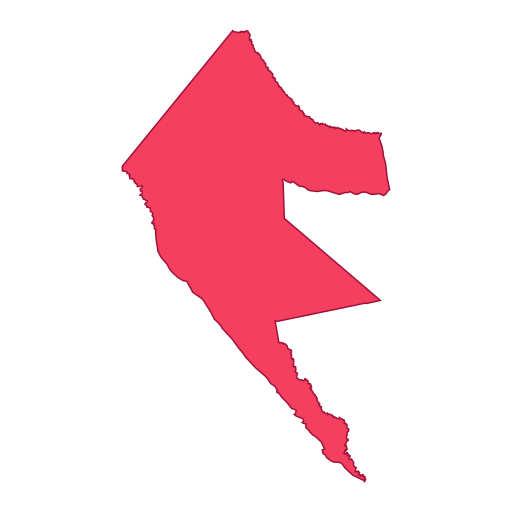 Shangombo, Western, Zambia
{"feature_id": "96606910B19262681040951", "entity_name": "Shangombo", "entity_type": "district", "adm_level": 2, "iso_a3": "ZMB", "parent_name": "Zambia", "parent_adm1": "Western", "projection": "natural_earth1", "projection_center": [22.677, -16.496], "detail": "fine", "context": "isolated", "style": "filled", "palette": "rose", "viewbox_px": 512, "rotation_deg": 0, "n_neighbors": 0, "source": "geoboundaries", "source_scale": "gbopen_adm2", "svg_char_len": 6057}
<svg xmlns="http://www.w3.org/2000/svg" viewBox="0 0 512 512"><path d="M232.7,30.7L122.3,166.2L122.4,170.9L126.1,171.5L127.2,172.3L127.0,173.4L129.2,173.7L129.3,175.0L129.8,175.5L129.2,175.9L129.7,176.5L129.8,178.6L133.3,178.8L133.1,179.3L134.4,180.4L134.0,181.6L135.0,182.0L135.3,183.4L137.1,184.1L137.3,186.5L139.2,186.5L141.2,185.6L142.4,186.2L141.4,188.0L140.3,189.0L140.2,190.8L142.2,191.5L142.5,192.2L142.2,193.0L139.9,195.1L142.2,195.8L142.4,197.1L143.6,199.3L144.7,199.2L145.7,200.4L147.3,200.9L147.3,202.2L145.5,203.0L144.9,204.2L146.9,205.9L146.7,207.0L150.2,207.9L150.4,211.4L152.3,212.6L152.8,213.7L152.8,214.6L152.1,215.2L152.6,216.4L153.5,216.9L153.3,217.9L154.0,219.6L151.8,222.7L152.3,223.7L154.1,223.5L153.7,224.9L154.8,226.4L154.2,228.0L154.5,228.9L155.2,228.9L156.1,229.9L155.6,230.7L156.0,238.1L158.0,251.4L160.8,256.9L166.8,263.9L169.7,269.2L173.1,273.2L178.4,277.8L182.8,280.5L186.5,281.2L187.0,281.7L192.9,292.4L201.9,298.7L203.5,300.5L211.3,312.9L214.3,319.1L217.8,322.3L221.0,326.1L222.2,328.3L232.6,339.6L239.0,348.5L243.2,353.4L245.3,356.8L256.0,368.2L265.5,376.3L268.3,379.7L270.6,383.4L275.1,386.5L277.5,390.8L276.7,391.2L277.0,392.5L278.7,393.0L282.0,397.5L286.6,402.1L291.9,408.7L293.9,408.9L296.1,410.3L295.8,412.8L294.2,414.5L296.1,416.0L303.0,418.8L303.6,421.2L302.1,422.4L303.3,423.3L306.0,424.0L305.8,426.8L306.3,428.2L308.8,430.1L309.4,431.5L312.3,434.5L315.7,436.8L321.3,442.0L324.7,449.2L322.2,450.0L323.1,453.8L325.1,454.7L326.7,457.6L330.9,460.9L334.4,462.2L337.6,462.1L341.6,463.2L345.3,468.2L352.7,475.1L364.6,480.9L364.6,481.3L364.9,481.0L364.6,479.9L365.5,479.9L365.6,478.9L364.8,478.4L365.0,476.9L363.8,477.1L363.5,475.0L362.7,474.7L362.3,475.7L361.7,475.4L360.9,475.9L360.6,474.9L360.0,474.6L359.1,475.2L358.8,474.8L359.3,474.2L358.7,473.4L359.4,472.6L358.1,471.0L356.6,471.9L356.1,471.4L355.3,471.7L355.6,469.0L356.2,467.8L355.8,467.3L354.2,466.8L353.6,465.0L353.7,462.4L352.8,461.5L352.0,459.6L351.1,458.9L349.8,459.6L349.0,459.2L349.0,457.8L350.1,456.6L349.9,455.6L349.4,455.3L347.8,455.7L348.3,454.9L347.4,452.6L346.4,452.8L346.2,454.1L344.0,453.5L345.2,450.0L345.6,449.9L345.9,450.7L347.2,449.1L346.2,445.8L345.4,446.1L344.7,445.2L345.6,445.0L345.7,443.8L347.1,440.9L348.1,440.4L348.0,439.0L347.0,439.0L346.2,437.9L346.7,435.6L347.4,434.8L346.8,432.9L347.7,431.8L348.4,431.5L348.8,429.2L346.5,427.0L347.2,425.1L346.4,423.8L345.5,423.9L345.0,423.2L344.5,423.5L344.2,423.1L344.2,422.2L344.6,421.9L343.9,419.7L343.0,419.8L341.5,418.7L340.4,418.9L339.7,417.5L338.6,418.6L337.0,418.4L334.9,417.0L334.4,417.5L333.4,417.5L333.5,416.7L332.8,416.4L332.8,415.7L332.1,415.6L332.0,415.0L331.2,415.1L329.0,413.8L327.7,414.5L327.3,413.2L326.6,413.6L324.9,413.1L324.2,412.0L323.5,412.2L322.0,411.1L321.7,409.5L321.0,408.9L321.4,406.7L320.4,406.8L319.3,405.9L319.1,405.0L319.8,405.1L319.8,404.7L319.0,402.9L317.4,401.1L317.0,400.1L317.2,398.4L316.5,398.3L316.3,396.8L315.4,396.0L315.2,394.9L314.0,394.1L311.5,389.8L310.9,389.7L311.1,388.8L309.9,388.3L310.2,387.4L311.6,387.1L310.6,384.1L309.5,383.4L308.7,383.9L308.1,383.6L307.8,383.1L308.2,381.2L306.7,379.8L305.5,379.6L305.6,378.9L304.9,378.7L304.2,380.5L303.5,380.8L301.9,379.9L298.7,379.6L297.9,378.3L296.7,377.9L296.4,375.8L296.9,375.5L297.5,373.4L297.0,372.6L295.5,372.2L295.2,371.4L295.9,370.0L295.6,366.7L294.7,366.2L293.9,367.0L292.9,365.7L292.9,364.8L293.7,364.1L293.6,359.2L293.1,358.9L292.7,359.7L292.1,359.3L291.9,358.0L291.4,357.6L291.5,354.5L290.7,353.5L291.5,352.0L291.5,350.9L290.8,349.7L289.2,349.7L288.8,349.0L287.7,348.6L287.3,346.3L285.5,343.9L283.6,344.0L283.0,342.8L282.2,343.2L281.0,342.5L278.9,342.7L275.1,320.7L277.1,321.4L364.3,303.3L366.8,303.4L380.3,300.4L284.3,218.4L283.2,183.4L282.4,180.2L283.0,179.2L287.8,181.9L290.8,182.9L291.7,181.6L293.7,182.1L299.2,186.1L302.4,186.4L306.3,188.1L307.3,189.5L310.3,190.7L317.6,191.5L322.4,190.6L327.3,190.7L339.2,194.4L345.2,192.6L348.7,192.4L349.9,191.5L353.7,193.6L355.9,194.2L357.8,194.2L361.8,192.1L366.1,192.2L370.6,194.2L374.3,194.3L378.7,193.6L383.6,195.5L385.5,194.3L388.4,190.3L389.7,189.7L387.1,177.5L385.7,164.3L383.3,155.1L383.1,152.0L381.9,146.1L379.1,138.1L381.2,134.3L381.1,133.2L379.9,133.6L378.6,133.4L378.0,132.5L376.4,133.5L376.4,132.9L376.0,132.9L375.3,133.7L374.6,133.6L375.0,133.0L374.2,132.6L371.4,133.7L368.2,132.6L365.5,133.2L364.7,132.3L364.2,132.8L364.1,132.4L363.7,133.2L363.1,132.3L361.7,132.2L359.4,130.2L357.6,130.0L355.0,131.1L354.6,130.7L353.8,131.1L353.4,130.6L351.0,130.3L349.8,130.8L347.5,130.0L346.2,128.9L346.1,130.6L345.3,131.4L341.9,129.1L340.5,129.2L339.9,128.4L338.3,128.2L337.6,127.4L335.5,128.6L335.4,127.8L334.5,127.1L333.8,127.5L332.7,127.3L332.6,127.7L331.5,126.9L330.3,127.3L330.0,126.5L329.6,126.9L329.2,126.3L328.3,126.6L327.0,125.3L325.8,125.5L325.3,124.1L323.1,124.5L322.5,123.3L320.9,124.1L320.3,123.6L319.4,124.9L317.7,122.6L316.1,123.4L314.2,122.2L314.1,121.6L312.9,120.7L312.8,119.6L311.8,119.5L311.5,118.8L310.0,118.2L309.5,116.7L306.8,116.5L304.9,115.3L304.4,115.6L303.6,114.8L304.1,113.6L303.0,113.0L303.1,112.3L302.6,111.8L302.5,111.1L300.3,110.3L299.3,109.4L299.6,108.9L299.0,107.6L299.4,107.0L298.4,105.9L295.6,105.7L293.8,103.6L293.9,102.9L292.8,101.1L291.9,100.8L292.0,99.4L287.9,96.7L287.0,94.9L286.3,95.0L285.0,93.8L284.1,91.8L283.0,91.1L283.0,90.3L282.7,90.4L281.6,89.3L281.8,88.8L281.0,87.4L278.8,86.7L279.0,85.6L278.4,85.2L277.6,82.6L275.4,81.3L275.1,80.3L275.4,79.1L274.5,77.8L273.0,77.7L273.3,77.3L272.6,75.8L272.8,74.1L270.2,71.2L268.8,70.4L268.4,69.5L267.8,69.7L268.0,67.4L266.1,67.1L265.5,63.1L264.3,62.8L263.9,60.8L261.0,58.4L261.1,57.5L259.8,54.6L258.1,53.4L257.9,52.7L257.3,52.7L257.3,53.1L256.9,52.5L256.1,52.6L254.7,51.3L255.0,50.8L254.3,49.8L254.3,48.7L253.1,47.1L253.2,45.2L252.0,44.7L252.1,44.2L251.6,43.4L251.9,41.7L251.2,41.5L251.2,39.7L250.5,39.4L250.0,40.4L249.5,39.9L249.5,36.7L250.2,35.4L249.4,33.3L248.1,32.7L248.2,31.8L247.7,31.0L245.8,30.9L244.3,32.3L244.2,31.8L241.3,31.5L241.4,32.1L240.1,31.8L239.6,32.4L238.1,32.7L237.6,32.2L234.7,32.0L232.7,30.7Z" fill="#f43f5e" stroke="#9f1239" stroke-width="1.5"/></svg>